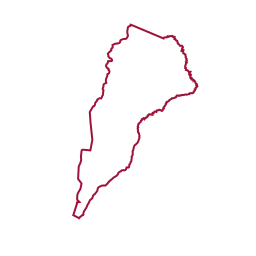 Riachão das Neves, Bahia, Brazil, rotated 293°
{"feature_id": "56859067B88902373095284", "entity_name": "Riachão das Neves", "entity_type": "district", "adm_level": 2, "iso_a3": "BRA", "parent_name": "Brazil", "parent_adm1": "Bahia", "projection": "orthographic", "projection_center": [-45.234, -11.676], "detail": "fine", "context": "isolated", "style": "outline", "palette": "rose", "viewbox_px": 256, "rotation_deg": 293, "n_neighbors": 0, "source": "geoboundaries", "source_scale": "gbopen_adm2", "svg_char_len": 5945}
<svg xmlns="http://www.w3.org/2000/svg" viewBox="0 0 256 256"><g transform="rotate(293 128 128)"><path d="M30.3,120.7L30.9,120.8L31.5,120.4L32.3,120.2L33.9,120.1L35.2,120.2L38.2,120.8L39.9,120.8L40.8,120.7L43.4,121.1L46.6,121.2L47.1,121.4L48.6,122.2L49.3,122.5L50.4,122.5L52.2,122.3L53.7,122.9L54.0,123.2L57.6,124.2L58.2,124.3L60.1,123.9L60.9,123.8L61.5,123.9L62.9,124.8L64.6,126.3L65.7,128.2L66.0,129.4L66.5,129.9L67.0,130.1L67.6,130.2L68.8,130.9L69.9,130.9L70.9,131.5L71.8,131.6L72.4,131.8L72.8,132.3L73.3,132.6L74.1,132.8L74.6,133.2L76.9,134.2L79.4,136.1L81.9,136.9L82.9,136.6L84.1,137.3L84.8,137.8L85.2,138.3L86.2,138.6L86.8,139.0L87.1,139.9L87.5,140.5L87.6,141.3L88.1,141.8L88.6,142.1L89.2,142.3L89.6,142.2L90.5,142.3L91.0,142.1L91.5,142.5L91.7,143.8L92.0,144.1L92.4,144.1L93.6,144.0L94.7,143.5L96.0,143.9L97.3,143.9L97.7,143.7L98.0,143.9L98.6,144.0L99.3,143.9L100.4,143.5L101.2,143.4L103.4,142.5L104.4,142.8L105.6,142.7L108.2,141.4L108.7,141.3L109.2,141.5L109.9,141.4L112.5,140.9L114.4,140.8L114.9,141.0L115.3,141.3L117.9,142.5L119.2,142.5L120.2,142.7L121.3,142.5L122.2,142.4L122.6,142.5L123.7,142.3L124.0,142.0L124.5,141.7L124.9,141.8L125.4,141.6L125.8,141.3L126.9,140.3L127.5,140.1L127.5,139.7L128.4,138.6L129.1,138.5L129.7,138.0L130.2,137.9L130.7,137.7L131.0,137.3L131.4,137.0L131.9,137.0L132.4,137.2L133.0,136.4L133.6,136.5L135.6,136.0L136.0,136.4L136.5,136.4L137.0,136.4L137.8,136.9L138.8,137.4L139.7,137.1L140.2,137.3L140.5,137.7L141.5,137.3L142.2,138.1L142.6,138.1L143.1,138.4L143.1,138.8L142.9,139.4L142.6,139.7L143.5,140.0L144.0,140.0L144.4,140.6L144.9,140.7L145.1,141.2L145.9,141.4L146.6,141.2L147.2,141.8L147.6,141.5L147.9,141.8L148.9,142.0L149.1,142.6L149.1,143.3L149.4,143.8L149.4,144.3L149.6,144.9L149.9,144.4L150.3,144.7L151.5,144.8L151.5,145.8L152.1,145.8L153.3,145.9L153.9,146.8L153.9,147.9L154.5,147.8L154.8,147.5L155.6,147.8L156.4,149.4L156.9,149.5L157.1,150.1L157.1,151.2L156.9,152.1L157.1,152.7L157.7,153.0L158.3,152.7L159.0,152.8L160.0,153.4L160.3,153.0L160.8,152.7L161.9,153.1L162.7,153.1L163.1,153.5L164.4,153.5L164.9,153.3L165.3,153.7L165.9,153.6L166.4,153.3L166.8,153.7L167.3,153.6L167.7,154.2L168.3,154.7L169.1,155.1L169.8,155.1L170.5,155.7L170.9,155.9L172.0,156.8L172.6,156.8L173.3,158.4L173.7,158.8L174.3,159.1L174.6,159.8L175.1,159.9L175.4,160.3L175.9,160.3L176.4,160.1L176.9,160.2L177.3,160.6L177.3,161.6L177.6,162.0L177.6,162.6L178.0,163.0L178.5,163.2L178.5,163.8L178.8,164.3L179.3,164.5L179.5,165.1L179.9,165.5L180.1,166.6L180.5,166.8L181.2,167.6L181.5,168.1L181.5,168.9L182.2,169.9L183.1,170.6L183.2,171.3L183.7,171.5L184.2,171.4L184.5,171.8L185.3,173.9L185.9,174.2L186.2,174.5L187.1,174.2L187.4,174.5L187.9,174.5L188.5,174.9L188.9,174.7L189.3,174.8L189.6,174.5L189.8,174.9L190.3,175.0L190.6,174.8L191.1,174.9L191.7,174.5L192.2,174.8L192.7,175.3L193.4,175.6L194.1,174.7L194.2,174.2L194.8,174.6L195.1,174.3L194.8,173.8L195.4,173.6L195.6,172.8L195.9,172.4L196.3,172.1L196.7,172.0L197.1,171.4L197.4,170.8L197.3,170.2L196.9,169.9L197.3,169.7L197.8,169.6L197.7,169.0L198.0,168.6L197.5,168.2L197.5,167.6L198.2,167.6L198.4,167.1L198.4,166.6L199.0,166.7L199.0,166.3L198.5,166.0L198.8,165.5L199.8,165.2L200.9,165.2L200.8,164.4L201.2,164.5L201.6,164.6L201.5,163.5L202.2,163.5L202.8,163.6L202.8,163.2L202.5,162.8L203.0,162.6L203.9,163.0L203.5,162.0L203.7,161.5L204.1,161.1L204.3,160.6L204.1,160.1L204.4,159.5L204.1,158.7L204.7,158.6L205.2,158.1L205.9,157.8L205.6,157.2L207.2,156.5L208.2,156.3L208.6,156.5L209.6,156.2L210.6,156.2L211.0,155.8L211.3,156.4L211.7,155.9L212.8,155.4L212.8,155.9L213.3,155.8L213.5,155.3L214.0,154.9L214.6,154.9L215.0,154.3L215.1,153.9L215.4,153.5L216.5,153.3L216.8,152.8L217.3,152.4L218.0,152.2L218.0,151.8L218.3,151.3L218.3,150.1L218.5,149.6L219.3,149.3L220.5,148.7L220.5,148.2L219.9,147.6L219.7,147.2L220.1,147.0L220.7,147.3L221.5,148.1L221.6,147.4L221.9,146.8L222.4,146.7L222.9,147.0L223.6,147.1L224.1,146.8L224.1,146.3L224.8,145.7L224.8,145.3L224.2,144.4L224.0,143.7L224.6,142.8L224.9,142.2L225.1,141.3L225.3,140.7L225.9,140.5L226.3,140.2L226.5,139.8L227.1,139.6L227.5,139.2L227.4,138.0L228.4,136.8L228.0,136.5L228.0,135.9L230.1,135.3L229.9,134.8L229.6,134.4L229.4,134.0L229.9,133.6L230.2,132.8L229.3,131.9L228.8,130.2L228.3,129.7L227.7,129.7L227.5,129.3L227.8,128.6L227.2,128.4L226.6,128.3L226.3,127.8L226.1,127.1L225.4,125.9L224.3,125.8L224.2,90.9L224.1,90.1L223.5,90.3L223.0,90.3L222.9,89.9L222.5,89.6L221.9,89.3L221.2,88.7L220.5,88.6L218.7,89.1L217.5,89.3L215.6,90.1L214.3,90.8L213.9,91.3L213.4,91.6L212.5,92.0L210.1,91.7L209.3,91.3L208.8,90.5L208.5,89.6L208.0,88.8L206.3,87.1L205.8,86.8L205.3,86.8L204.8,86.9L204.4,87.2L203.9,87.2L202.8,86.7L201.9,85.6L201.5,85.2L201.4,84.5L200.3,83.0L198.8,81.7L198.2,81.3L197.6,81.8L196.1,82.4L195.7,82.3L194.6,81.7L193.9,81.8L193.2,82.3L192.7,82.3L192.3,81.9L191.5,81.7L191.0,81.3L189.7,80.8L189.1,80.7L188.6,80.4L188.2,80.6L187.9,81.0L187.0,81.7L186.3,81.9L185.8,82.7L185.3,83.7L185.2,85.7L185.0,86.1L183.9,87.0L183.3,86.8L182.9,86.3L182.2,84.5L181.6,83.5L181.0,83.8L179.7,83.9L178.3,83.4L177.0,83.4L176.5,83.5L175.9,84.3L175.3,84.8L175.1,85.4L175.0,86.8L174.6,87.2L173.9,87.2L173.7,87.6L173.6,88.0L173.3,88.4L172.4,89.0L171.2,89.1L170.6,89.0L169.4,88.0L167.8,88.6L165.1,88.6L164.2,88.7L162.9,89.1L161.9,89.7L161.5,89.9L161.1,90.4L159.2,88.8L158.7,88.6L158.0,88.6L156.7,89.2L155.2,89.2L154.1,89.4L153.7,89.7L153.2,90.6L152.8,90.9L151.6,90.9L151.2,91.2L149.6,91.7L149.2,91.8L148.6,92.0L147.4,91.8L144.8,91.8L144.1,89.9L141.9,88.6L141.4,88.8L140.2,88.7L139.5,88.2L138.5,88.1L136.5,88.4L135.4,88.4L134.9,88.3L134.2,87.4L127.6,86.6L126.0,87.5L118.3,91.4L103.2,99.8L92.7,102.1L90.4,94.9L89.9,94.3L89.2,94.1L83.1,95.9L80.4,97.4L77.6,97.8L73.3,97.7L61.8,101.9L61.4,102.3L59.2,106.2L58.9,106.7L58.3,107.0L53.4,108.0L48.9,107.4L46.6,107.5L42.6,109.0L42.2,109.2L41.9,109.6L40.9,112.2L39.5,110.1L38.2,110.6L26.4,111.7L26.0,117.2L25.8,118.2L27.0,118.5L28.8,119.5L29.3,119.6L29.7,119.8L30.3,120.7Z" fill="none" stroke="#9f1239" stroke-width="2"/></g></svg>